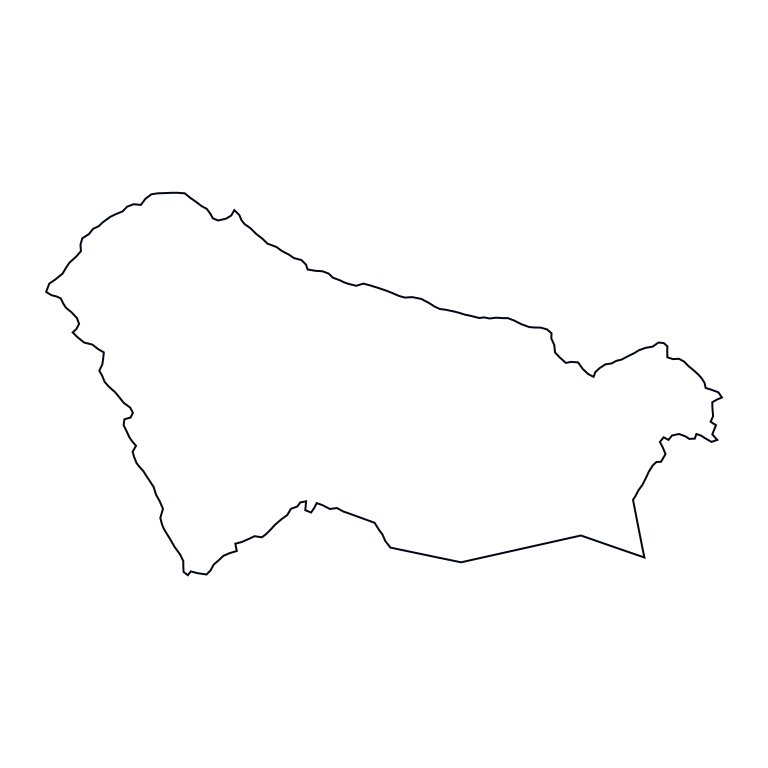 Wenceslau Guimarães, Bahia, Brazil (Mercator projection)
{"feature_id": "56859067B63316826546046", "entity_name": "Wenceslau Guimarães", "entity_type": "district", "adm_level": 2, "iso_a3": "BRA", "parent_name": "Brazil", "parent_adm1": "Bahia", "projection": "mercator", "projection_center": [-39.62, -13.619], "detail": "fine", "context": "isolated", "style": "outline", "palette": "ink", "viewbox_px": 768, "rotation_deg": 0, "n_neighbors": 0, "source": "geoboundaries", "source_scale": "gbopen_adm2", "svg_char_len": 3195}
<svg xmlns="http://www.w3.org/2000/svg" viewBox="0 0 768 768"><path d="M110.3,216.8L102.8,222.3L98.8,226.1L93.0,228.9L88.9,234.1L82.3,238.3L80.5,244.6L80.9,251.2L76.2,256.6L69.6,262.5L66.4,267.1L62.6,273.6L55.6,279.3L49.3,283.6L46.1,291.9L51.4,295.2L56.6,296.5L60.8,298.4L63.1,303.3L65.9,307.7L71.2,312.0L76.9,318.0L79.1,323.9L76.5,328.9L72.7,332.4L77.4,337.1L84.0,342.5L92.4,344.6L98.3,349.2L103.8,352.4L103.1,359.3L102.3,364.5L99.3,370.7L102.2,375.8L104.6,381.8L108.1,385.9L111.5,389.0L115.3,392.4L118.8,396.7L123.9,403.0L130.2,407.6L132.9,412.8L130.6,417.5L124.4,419.3L123.6,425.1L126.9,431.9L129.4,437.3L132.3,441.5L136.0,445.8L132.6,451.8L134.2,457.2L136.6,463.2L139.7,467.1L143.2,470.9L146.2,475.7L149.9,481.2L153.7,487.1L156.0,494.7L159.5,500.8L163.0,508.8L160.3,517.9L162.0,524.3L163.8,528.8L167.2,534.4L170.1,539.1L174.6,546.9L180.3,554.8L183.3,561.1L183.3,566.9L183.6,572.0L187.9,575.2L190.8,571.4L197.7,573.2L206.5,574.5L210.5,570.5L213.7,564.6L219.0,560.0L223.3,555.9L229.5,553.2L236.8,551.0L235.3,543.7L241.8,542.0L248.4,539.1L254.6,536.2L261.9,537.3L266.1,534.1L270.9,529.3L275.2,524.6L281.5,519.2L287.2,515.1L291.0,508.8L297.3,506.5L300.3,502.4L306.1,501.3L305.3,510.2L311.1,512.5L314.1,508.1L316.7,503.1L322.6,505.2L329.9,509.0L336.9,508.0L343.3,511.5L347.7,513.0L374.6,522.8L379.1,530.0L382.4,534.4L385.3,541.0L390.4,547.6L437.3,557.4L461.1,562.3L580.9,535.5L612.8,546.6L644.4,557.5L642.4,547.9L633.0,499.8L635.7,495.7L638.3,490.5L642.4,484.9L646.1,477.6L648.7,471.9L652.7,465.5L656.4,462.0L661.0,461.8L665.5,454.1L663.0,447.9L659.9,441.9L663.7,437.3L668.5,439.9L672.0,435.5L679.1,434.0L685.3,436.3L689.3,438.9L694.8,438.6L696.4,434.0L700.9,435.5L704.9,438.1L711.5,441.9L717.2,439.9L712.3,434.3L716.0,425.2L710.6,421.8L713.1,416.2L712.4,407.6L712.3,402.2L717.1,399.5L721.9,397.5L718.4,392.3L710.1,389.3L705.6,388.0L704.6,383.0L702.1,378.9L698.6,374.8L693.3,370.0L688.6,366.2L684.1,361.6L679.0,358.8L672.9,359.1L667.4,357.3L667.2,351.3L667.4,346.4L663.9,343.1L658.5,342.5L652.7,346.6L645.4,347.9L638.8,350.3L634.3,353.1L628.0,356.2L621.5,359.6L616.2,360.9L611.7,363.4L605.3,364.4L599.5,368.2L595.2,372.3L593.6,376.9L588.1,374.0L582.7,368.9L578.1,362.4L571.1,361.9L565.8,362.9L559.3,357.0L555.0,352.4L554.3,345.1L551.3,338.4L551.5,333.2L547.0,329.4L540.7,327.6L534.6,327.5L529.2,327.1L521.4,324.2L513.6,320.3L507.7,318.1L502.8,318.1L496.0,317.7L489.6,318.5L484.3,317.4L479.2,318.0L469.7,315.6L464.7,314.6L460.1,313.1L454.5,311.6L446.0,309.8L439.9,309.0L434.6,306.6L429.2,303.1L421.2,298.9L412.2,297.1L405.0,297.6L399.2,296.0L392.2,293.0L385.6,290.4L376.9,287.5L369.8,285.3L363.3,283.6L356.3,285.8L348.6,283.9L344.2,282.4L339.9,280.3L332.9,277.7L328.7,273.6L322.6,271.3L315.4,270.8L307.6,269.5L306.0,264.6L301.5,260.1L294.0,258.1L288.7,254.5L282.2,251.2L276.5,247.0L267.4,243.6L262.4,238.7L256.4,234.1L250.1,227.9L244.8,224.3L241.6,220.4L239.3,215.0L234.3,210.1L231.3,215.5L226.2,218.6L218.3,220.5L212.9,218.4L210.5,213.9L206.7,208.8L201.7,206.2L196.1,201.9L190.9,198.3L184.7,193.3L177.6,192.8L172.0,192.8L164.8,193.1L158.0,193.3L151.4,194.3L145.4,198.8L140.9,204.9L133.7,204.2L127.1,206.7L122.6,211.4L116.4,213.9L110.3,216.8Z" fill="none" stroke="#020617" stroke-width="2"/></svg>